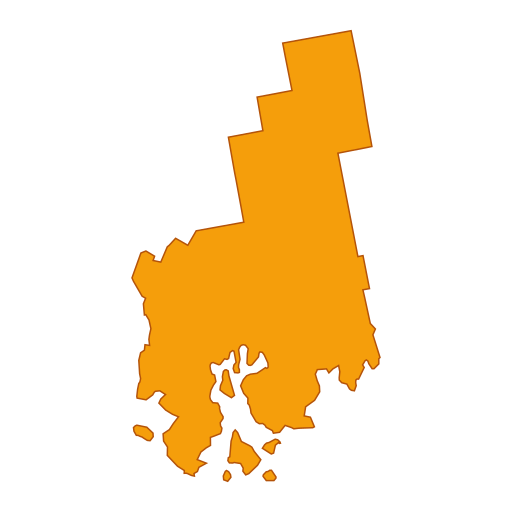 outline of Hancock, Maine, United States of America
{"feature_id": "52423323B62480653230445", "entity_name": "Hancock", "entity_type": "district", "adm_level": 2, "iso_a3": "USA", "parent_name": "United States of America", "parent_adm1": "Maine", "projection": "orthographic", "projection_center": [-68.461, 44.676], "detail": "fine", "context": "isolated", "style": "filled", "palette": "amber", "viewbox_px": 512, "rotation_deg": 0, "n_neighbors": 0, "source": "geoboundaries", "source_scale": "gbopen_adm2", "svg_char_len": 3947}
<svg xmlns="http://www.w3.org/2000/svg" viewBox="0 0 512 512"><path d="M351.1,30.7L282.7,43.1L285.0,55.2L292.0,90.5L257.1,97.1L262.9,130.7L228.4,137.2L230.9,151.5L234.7,173.0L236.1,180.1L241.1,207.2L243.8,222.2L220.7,226.4L196.2,230.8L187.8,245.3L175.6,238.3L169.2,245.3L167.3,246.8L160.8,262.1L153.1,260.5L154.6,256.2L145.9,251.0L140.9,253.0L132.0,277.9L133.5,281.3L142.1,296.2L145.6,298.2L143.4,303.8L144.4,315.0L145.8,314.7L149.0,320.0L150.9,328.7L149.5,335.0L148.9,339.4L149.6,345.4L145.0,344.7L144.4,350.2L140.6,352.8L138.8,360.3L139.6,373.2L139.6,373.5L140.6,378.6L140.1,381.1L139.8,382.1L138.8,383.5L137.6,389.3L136.8,396.4L137.1,398.1L146.1,399.8L152.7,394.9L154.2,392.3L155.3,391.3L159.8,390.8L165.5,394.5L163.2,396.7L160.8,399.0L158.9,403.1L165.7,410.1L172.5,414.3L178.5,416.8L173.3,423.6L169.4,429.6L163.1,433.8L163.6,441.1L167.5,447.0L167.3,455.4L177.5,466.2L184.3,470.5L184.2,473.3L186.1,473.2L187.6,473.6L190.9,475.2L191.7,475.5L194.4,476.1L194.0,473.5L197.4,471.5L198.9,467.3L206.4,463.2L197.2,459.6L200.9,452.0L206.3,447.8L210.5,445.4L210.4,437.4L213.8,436.2L220.4,433.6L221.4,431.3L221.9,428.1L220.6,426.0L220.2,422.7L223.0,418.6L223.1,416.7L220.5,412.4L219.5,408.4L219.7,406.8L217.7,403.1L212.8,402.7L210.6,399.9L210.0,398.0L209.8,396.2L210.9,390.1L213.5,385.0L215.9,381.6L214.6,375.0L212.0,374.0L210.5,369.8L210.0,366.1L210.4,364.3L211.5,362.9L213.2,362.5L218.9,364.8L220.2,364.4L224.5,358.8L227.0,359.4L228.6,358.5L230.0,352.4L232.6,350.6L234.0,351.2L236.1,362.4L233.9,365.0L233.2,368.6L234.6,372.6L238.0,372.9L239.4,372.4L239.4,369.6L238.5,367.5L238.6,364.8L240.0,359.3L238.6,349.7L239.7,347.1L241.1,345.4L243.1,344.7L244.5,345.0L245.5,345.2L248.2,348.7L247.4,353.6L247.0,363.4L248.7,365.2L250.4,365.4L251.9,364.8L258.5,356.9L259.0,353.3L259.9,351.9L262.3,352.3L264.1,354.7L264.5,355.5L267.9,362.9L268.2,367.0L267.5,368.0L266.6,368.3L265.5,367.6L257.0,373.3L250.3,374.2L246.6,375.8L243.4,379.6L240.6,385.8L241.9,388.9L243.7,393.3L246.5,396.5L247.9,398.1L247.8,403.6L249.2,405.0L250.5,409.1L251.0,413.0L256.1,421.7L259.3,423.7L262.7,423.5L265.0,425.2L266.2,427.3L272.4,430.6L273.4,433.2L279.6,432.3L285.1,425.4L291.6,427.6L293.8,428.8L298.8,428.2L312.8,427.7L314.4,426.8L310.4,417.2L304.2,415.9L305.4,408.3L305.6,406.8L314.6,400.3L319.7,391.8L319.4,385.9L317.2,380.7L315.3,374.1L316.4,371.8L317.3,369.6L326.5,368.9L328.9,372.9L333.0,368.8L338.6,365.5L339.8,371.7L339.2,377.7L339.3,380.1L341.7,382.7L346.9,384.1L349.5,388.9L351.4,390.3L354.4,390.8L356.2,385.7L355.7,382.8L355.8,380.1L357.1,379.0L358.6,379.1L364.2,367.5L362.6,364.9L365.1,360.7L366.4,359.9L367.9,361.1L368.8,363.7L372.1,368.7L374.0,368.7L378.8,363.9L378.8,358.7L380.0,357.5L372.9,334.8L375.4,329.0L370.3,323.5L364.7,297.7L362.9,289.8L369.5,288.6L368.2,282.1L363.0,255.6L357.9,256.6L337.9,153.2L341.5,152.5L371.9,146.5L367.2,120.2L359.8,73.4L351.1,30.7ZM228.3,457.7L227.9,460.7L229.4,462.9L232.8,463.0L234.1,462.5L240.6,463.5L243.2,468.1L242.9,471.2L245.7,474.9L248.8,473.6L257.5,465.3L260.8,459.7L254.2,451.4L251.9,447.2L249.7,445.7L241.4,441.5L237.6,432.5L235.2,429.9L233.1,432.5L232.4,436.9L231.1,441.1L229.8,456.8L228.3,457.7ZM220.5,385.6L220.0,389.9L224.3,393.4L231.4,397.7L234.5,395.4L228.9,375.8L228.2,370.9L226.4,369.8L225.0,369.9L223.4,371.4L222.4,376.7L222.8,380.3L220.5,385.6ZM133.5,427.6L134.0,431.3L136.3,435.3L138.1,435.4L140.2,436.4L142.0,437.0L144.2,438.5L147.3,440.4L150.1,440.7L153.2,436.7L153.0,433.1L146.8,427.2L137.4,425.3L136.8,425.2L135.2,425.9L133.5,427.6ZM264.6,444.8L262.4,448.3L271.3,454.0L273.6,453.1L275.4,445.2L278.6,442.5L279.3,443.4L280.4,443.2L280.0,442.0L277.7,439.8L275.2,439.2L269.0,442.5L266.5,443.1L264.6,444.8ZM263.1,475.8L263.1,476.4L266.3,480.6L273.9,480.6L275.9,478.2L276.0,477.0L271.5,470.3L269.7,470.3L268.2,471.4L266.2,471.8L263.4,474.7L263.1,475.8ZM223.3,476.0L223.7,479.8L227.7,481.3L230.9,477.3L230.5,474.6L228.6,471.7L226.5,470.5L225.3,471.4L223.3,476.0Z" fill="#f59e0b" stroke="#b45309" stroke-width="1.5"/></svg>